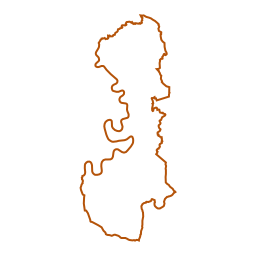 Bang Khla, Chachoengsao, Thailand (Natural Earth projection)
{"feature_id": "78962969B14238280937071", "entity_name": "Bang Khla", "entity_type": "district", "adm_level": 2, "iso_a3": "THA", "parent_name": "Thailand", "parent_adm1": "Chachoengsao", "projection": "natural_earth1", "projection_center": [101.218, 13.751], "detail": "fine", "context": "isolated", "style": "outline", "palette": "amber", "viewbox_px": 256, "rotation_deg": 0, "n_neighbors": 0, "source": "geoboundaries", "source_scale": "gbopen_adm2", "svg_char_len": 5866}
<svg xmlns="http://www.w3.org/2000/svg" viewBox="0 0 256 256"><path d="M135.0,240.6L136.4,239.9L137.8,240.0L138.9,240.5L139.1,239.1L139.9,237.4L140.4,235.5L140.4,234.7L140.9,234.2L141.1,231.1L142.4,227.6L142.1,226.2L142.4,224.9L142.4,220.7L143.2,216.5L143.0,212.4L142.6,211.5L142.4,210.2L141.7,208.9L141.4,206.2L142.5,204.1L144.1,203.0L145.9,202.7L146.1,202.0L146.4,201.8L148.5,202.0L149.3,201.6L150.6,201.2L151.1,200.8L151.7,199.2L152.1,199.1L154.6,200.1L154.9,202.1L154.9,202.5L154.5,202.9L154.5,204.4L154.7,205.5L155.0,206.1L156.5,207.6L157.6,208.3L158.1,208.5L159.5,208.4L159.8,208.5L162.6,206.9L163.8,206.0L164.0,205.5L164.5,203.5L164.0,201.8L165.0,198.9L167.0,196.9L167.7,196.9L168.6,196.4L169.6,196.3L171.2,195.6L171.4,195.6L172.4,194.8L173.8,193.0L175.4,192.0L174.8,191.3L174.0,191.0L172.7,188.8L170.0,186.7L168.7,184.8L167.4,184.1L165.8,182.5L165.6,177.0L165.9,173.9L165.9,169.7L165.6,168.9L166.1,166.0L165.5,164.2L165.9,162.5L156.2,154.2L156.6,153.5L157.2,153.0L157.3,152.5L157.1,152.0L157.5,151.6L156.8,150.6L156.7,150.1L157.5,149.0L158.1,148.6L158.6,148.7L159.1,147.7L159.5,147.5L159.9,146.6L159.6,145.8L159.6,144.6L159.9,144.4L160.0,144.0L160.3,143.9L161.1,143.4L161.2,143.1L161.9,142.9L161.9,141.9L161.7,141.4L162.3,141.1L161.9,140.1L161.9,138.8L161.5,138.5L161.7,137.4L161.4,137.4L160.9,136.9L160.1,136.8L159.6,136.3L158.4,135.8L158.3,135.6L158.5,134.5L158.2,134.3L157.7,134.4L157.5,133.0L157.7,132.4L159.8,131.0L160.5,129.5L160.4,129.1L159.6,128.6L159.3,128.1L158.9,127.2L158.6,126.0L158.8,125.2L160.1,124.2L160.5,123.3L160.4,122.7L159.6,121.2L159.6,120.7L160.0,120.3L161.1,119.9L162.1,117.3L164.9,115.6L165.3,115.0L165.4,114.7L165.1,114.1L163.7,113.7L162.8,112.8L162.3,113.2L161.6,112.8L160.2,112.6L159.7,111.8L159.3,109.7L158.5,109.5L157.3,109.9L157.0,108.2L156.6,107.7L155.9,107.6L153.6,108.5L153.2,110.8L152.7,111.0L152.2,110.3L152.1,108.3L152.9,104.7L152.4,103.7L153.2,103.2L152.7,100.7L151.7,98.5L151.8,98.1L153.2,98.0L154.6,97.1L155.0,98.5L156.0,98.4L156.7,100.4L168.9,96.6L169.0,94.3L169.5,92.7L169.2,92.5L169.3,87.1L166.4,86.3L163.2,83.6L161.8,82.0L162.1,81.4L160.9,78.8L161.1,76.4L161.3,75.8L160.3,74.6L159.7,72.8L159.0,71.8L159.0,71.2L158.4,70.9L156.8,69.1L158.7,68.9L159.9,67.9L159.6,63.0L160.1,60.7L159.9,60.0L161.0,58.8L162.3,58.8L162.5,58.7L162.6,58.1L162.2,57.1L163.0,56.1L163.9,54.1L164.5,53.9L165.1,55.0L165.6,55.1L166.6,54.3L166.7,53.6L166.4,52.4L165.4,50.7L165.0,48.8L164.6,46.9L164.5,43.0L162.7,41.6L161.3,39.7L160.6,36.0L160.7,34.9L161.0,34.5L160.6,34.1L161.3,33.0L161.2,32.2L159.3,31.2L158.9,30.8L158.4,28.6L159.0,27.4L159.2,26.3L158.8,25.7L158.4,24.8L158.7,24.3L158.5,24.0L155.1,21.0L152.8,19.7L151.0,18.4L148.9,17.6L146.3,16.9L143.7,15.4L142.2,15.6L140.6,15.4L141.6,17.4L142.3,17.6L142.5,18.0L142.1,19.1L142.3,20.3L141.6,21.1L141.5,22.0L141.9,22.6L141.8,22.9L140.3,23.7L140.2,23.4L139.6,23.1L138.4,23.7L135.8,23.2L135.4,23.8L134.8,23.5L134.4,23.8L134.0,23.4L133.4,23.9L132.4,23.2L132.3,22.4L132.0,22.0L131.2,22.6L130.1,21.9L129.4,21.7L126.6,22.1L125.8,23.4L125.8,23.8L126.4,24.5L126.3,24.9L125.3,25.4L124.9,25.2L124.6,25.4L122.8,25.2L121.9,25.5L121.6,26.5L122.3,27.3L122.1,27.8L120.0,28.3L119.6,28.9L119.1,29.1L118.2,29.1L117.9,29.7L117.7,31.1L116.9,32.0L115.4,32.8L114.7,34.9L113.7,34.9L113.2,35.2L113.0,35.4L112.9,36.0L112.6,36.3L110.7,36.4L109.6,35.5L108.9,35.8L108.0,35.6L108.0,36.0L108.6,37.0L108.1,37.4L108.3,37.9L108.1,38.4L107.3,38.9L106.4,38.8L105.7,39.1L104.7,38.0L103.9,38.5L102.7,38.3L102.3,38.7L101.6,38.6L101.4,39.3L100.6,39.7L100.4,40.4L98.7,43.0L99.2,44.3L99.0,46.8L98.4,48.3L96.1,52.1L95.8,53.2L95.9,54.2L96.3,55.1L98.3,57.1L98.8,58.0L99.1,59.8L99.0,60.5L98.7,61.0L96.3,63.2L95.6,64.1L95.4,65.0L95.5,65.9L96.4,66.8L97.6,67.1L98.8,67.0L101.5,66.0L102.8,66.0L103.5,66.1L104.2,66.7L106.5,69.8L110.7,74.1L116.8,79.4L117.2,80.1L117.5,80.9L117.2,82.5L116.2,83.6L113.6,84.8L112.5,85.7L112.0,86.7L111.8,87.5L111.9,88.7L112.2,89.7L112.6,90.5L113.2,90.9L116.4,91.8L118.5,91.8L121.5,90.6L122.7,90.5L123.5,91.0L124.0,91.9L124.1,92.5L123.9,94.1L122.8,95.4L120.8,96.7L120.1,97.4L119.4,99.1L119.5,100.4L120.1,101.8L121.0,102.6L121.8,102.9L125.4,103.4L126.4,103.7L127.0,104.2L127.3,105.2L127.0,109.5L127.3,111.0L128.6,114.3L128.6,116.2L128.1,117.3L127.4,117.8L122.8,119.1L121.6,119.9L121.2,120.7L121.1,121.9L122.5,126.4L122.5,127.0L122.1,129.0L121.6,129.7L120.6,130.7L119.1,131.2L117.0,130.9L114.9,130.0L113.0,128.3L112.4,127.3L112.0,126.3L111.8,121.7L111.6,120.8L110.9,120.1L110.3,119.9L109.2,119.9L107.9,120.2L106.6,121.0L105.4,122.2L104.6,124.0L104.3,126.3L104.7,128.7L106.3,134.5L107.1,136.6L108.2,138.9L109.0,139.8L110.5,140.9L111.9,141.6L113.0,141.8L116.5,141.4L118.8,140.8L124.4,140.2L125.7,139.8L127.0,139.2L130.0,136.8L131.0,136.4L131.7,136.5L132.4,137.0L133.1,138.9L133.2,140.7L133.0,142.7L132.4,144.1L130.8,146.6L127.5,150.5L126.0,152.0L124.5,152.5L123.5,152.5L121.9,152.0L118.0,149.4L116.9,149.2L115.6,149.4L114.5,150.1L113.8,151.2L113.5,152.3L112.9,156.7L112.1,158.3L111.6,158.8L110.3,159.4L105.3,159.5L103.5,160.1L103.0,160.6L101.9,162.0L101.4,163.9L101.3,166.2L101.8,170.5L101.7,172.0L101.1,173.2L99.5,174.3L97.3,174.8L95.1,174.8L94.3,174.4L93.4,173.6L92.6,172.6L92.2,171.2L92.0,165.2L91.4,163.3L90.5,162.1L89.4,161.6L87.7,161.7L86.5,162.4L85.2,163.9L84.9,165.1L84.8,168.2L85.2,172.1L85.0,173.7L84.5,174.7L83.8,175.4L82.3,176.1L82.4,177.0L81.8,177.8L82.1,178.5L82.0,179.4L82.8,180.3L82.9,181.2L82.5,182.4L82.7,183.1L81.6,184.5L81.2,186.1L80.6,187.8L81.0,189.9L82.5,193.9L82.9,194.6L84.4,195.3L84.1,197.4L83.8,203.5L84.8,210.5L86.2,210.6L87.9,213.2L90.2,219.7L90.4,221.2L90.7,221.7L92.1,222.0L93.1,222.5L98.2,225.2L101.6,227.3L103.5,230.7L105.4,232.5L105.9,234.2L107.3,234.9L109.6,235.1L111.8,235.8L114.1,234.8L115.0,234.7L118.1,235.7L119.5,236.5L120.3,237.4L121.3,238.0L125.4,238.0L127.6,239.0L128.2,239.5L129.5,240.0L132.5,240.4L134.1,240.1L135.0,240.6Z" fill="none" stroke="#b45309" stroke-width="2"/></svg>